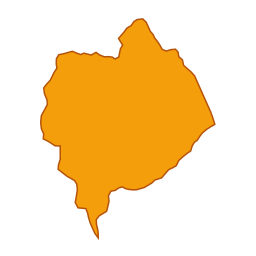 Itirapuã, São Paulo, Brazil (Natural Earth projection), rotated 177°
{"feature_id": "56859067B37772155606082", "entity_name": "Itirapuã", "entity_type": "district", "adm_level": 2, "iso_a3": "BRA", "parent_name": "Brazil", "parent_adm1": "São Paulo", "projection": "natural_earth1", "projection_center": [-47.165, -20.649], "detail": "fine", "context": "isolated", "style": "filled", "palette": "amber", "viewbox_px": 256, "rotation_deg": 177, "n_neighbors": 0, "source": "geoboundaries", "source_scale": "gbopen_adm2", "svg_char_len": 1531}
<svg xmlns="http://www.w3.org/2000/svg" viewBox="0 0 256 256"><g transform="rotate(177 128 128)"><path d="M163.5,19.8L163.3,24.0L163.5,27.8L164.5,33.1L164.5,38.1L161.4,41.8L153.7,46.0L152.2,50.9L150.8,55.9L151.1,61.3L148.4,65.8L144.0,66.4L140.1,68.8L136.6,69.4L133.5,67.5L129.7,66.5L126.5,66.0L122.7,65.9L114.9,67.7L107.1,71.8L103.8,74.7L97.1,76.4L93.2,80.5L89.4,84.4L85.5,85.9L81.7,87.9L79.0,92.9L73.9,97.0L70.4,99.5L66.6,101.8L64.8,106.8L62.4,110.3L59.4,112.2L57.2,115.4L54.0,119.2L49.3,122.7L44.9,125.2L41.1,127.1L43.0,134.5L44.8,140.2L57.2,172.4L58.7,176.5L62.0,180.6L65.4,183.9L69.2,187.7L70.1,193.2L73.5,196.5L74.1,201.3L76.5,204.2L81.3,204.0L85.8,202.8L89.8,204.8L92.1,209.6L94.5,213.5L96.6,216.4L98.1,220.1L100.7,223.4L102.3,227.6L104.4,232.8L107.6,236.2L113.1,235.8L116.5,234.0L119.5,230.1L123.9,227.8L126.7,224.3L132.8,217.9L129.0,211.0L131.4,207.5L133.5,199.4L137.3,197.6L140.0,199.6L143.6,200.3L147.8,200.3L152.5,202.4L156.0,205.2L160.9,202.8L168.0,205.0L171.5,203.8L179.7,207.5L188.0,205.6L193.3,204.8L195.9,200.9L196.3,195.8L195.9,191.4L198.8,187.5L203.1,179.8L206.9,176.1L210.1,172.4L209.6,166.5L207.4,160.3L207.3,155.8L210.1,151.0L213.9,144.8L214.9,138.1L214.5,131.8L212.5,126.4L213.2,121.6L208.6,119.0L205.7,116.9L201.7,114.0L196.6,113.6L196.9,108.5L197.1,104.1L197.3,100.4L199.4,94.6L199.9,90.3L191.4,83.0L184.2,78.4L182.1,74.7L181.8,68.9L183.4,61.3L184.6,56.5L182.1,50.9L174.3,49.7L172.7,44.9L172.2,41.2L170.9,35.9L169.6,32.2L166.6,24.5L163.5,19.8Z" fill="#f59e0b" stroke="#b45309" stroke-width="1.5"/></g></svg>